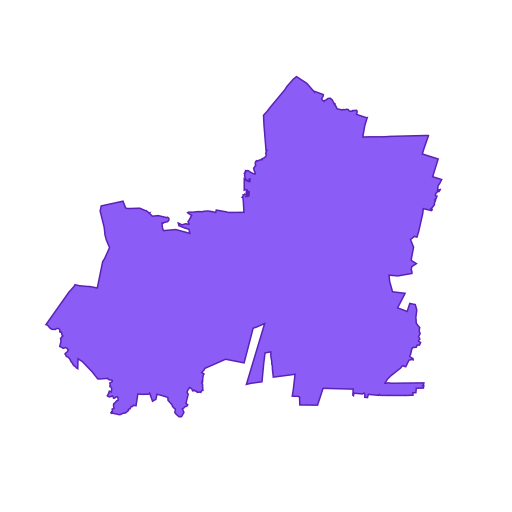 the district of Santa Cruz de Juventino Rosas, Guanajuato, Mexico, rotated 282°
{"feature_id": "50627088B19431781026886", "entity_name": "Santa Cruz de Juventino Rosas", "entity_type": "district", "adm_level": 2, "iso_a3": "MEX", "parent_name": "Mexico", "parent_adm1": "Guanajuato", "projection": "albers", "projection_center": [-101.006, 20.683], "detail": "fine", "context": "isolated", "style": "filled", "palette": "violet", "viewbox_px": 512, "rotation_deg": 282, "n_neighbors": 0, "source": "geoboundaries", "source_scale": "gbopen_adm2", "svg_char_len": 6021}
<svg xmlns="http://www.w3.org/2000/svg" viewBox="0 0 512 512"><g transform="rotate(282 256 256)"><path d="M252.1,101.7L245.2,103.9L240.5,106.3L233.8,111.0L222.2,108.5L218.6,107.2L191.7,107.4L191.6,99.2L191.3,98.5L190.2,89.6L190.3,84.9L188.7,84.5L181.7,80.5L145.2,64.8L145.0,66.5L142.6,69.5L141.8,71.6L142.5,75.2L143.2,75.5L143.9,76.9L144.0,77.9L143.4,79.0L142.7,79.6L141.3,79.7L140.8,80.1L141.0,81.6L138.7,82.5L137.6,83.7L137.0,83.0L136.2,83.0L134.7,81.9L133.7,82.5L131.5,83.0L126.8,82.8L126.5,83.3L126.6,84.0L125.6,86.5L126.8,88.8L126.4,90.5L125.6,91.0L125.0,92.0L122.9,91.2L121.2,89.8L120.5,89.5L119.6,90.5L118.7,91.0L118.2,91.9L118.1,93.1L116.4,95.4L114.2,97.0L114.0,97.6L111.1,100.3L110.0,102.8L109.4,103.3L108.7,105.1L118.4,103.3L116.7,108.0L108.8,119.6L102.9,126.8L103.0,127.9L105.5,136.5L104.7,137.1L104.3,138.4L104.7,139.9L104.3,141.3L103.6,141.5L102.9,141.2L101.6,139.5L101.1,139.5L99.5,140.3L98.5,140.0L97.8,140.3L97.7,141.3L96.8,142.2L92.9,142.8L92.9,141.9L93.3,140.6L91.0,140.4L88.3,139.6L87.6,141.7L88.4,143.6L89.0,143.9L89.2,144.7L87.9,146.1L87.3,146.2L87.3,146.5L87.6,147.2L89.2,148.6L89.5,149.4L88.7,150.5L86.8,151.0L86.1,151.0L85.5,149.9L83.0,148.5L81.9,147.5L79.6,147.8L77.6,148.8L76.3,147.1L74.6,147.8L74.1,147.7L74.1,147.4L72.7,146.6L72.1,147.1L72.4,147.7L72.1,147.9L72.6,149.1L72.3,150.3L72.5,152.9L72.3,154.7L72.6,156.1L74.5,158.6L75.2,160.8L78.3,163.4L79.3,163.1L79.7,163.2L80.3,164.6L82.2,165.0L82.8,165.4L83.1,166.5L84.4,167.0L84.6,169.8L96.4,169.1L97.0,173.4L98.4,179.2L98.8,180.2L99.7,180.5L92.4,185.0L95.0,187.9L100.2,187.9L99.9,193.6L99.3,199.2L96.6,199.9L92.8,205.0L91.4,205.6L90.9,206.6L90.1,207.5L89.7,208.7L89.2,209.0L85.9,209.2L85.2,210.3L84.7,210.6L82.7,214.3L83.4,216.6L88.0,218.0L91.2,215.8L92.2,216.9L93.7,217.7L94.6,219.4L96.2,220.2L97.4,218.1L106.8,218.4L108.2,216.9L110.2,217.0L111.5,217.7L113.7,218.4L112.6,220.8L110.9,222.1L111.1,222.7L111.8,223.1L112.0,223.5L111.2,224.6L111.3,226.1L110.4,226.8L111.3,229.7L111.1,230.4L113.0,230.9L113.3,231.1L113.5,232.0L119.6,230.3L120.2,229.4L121.5,230.0L121.9,229.9L122.2,229.2L123.3,229.8L124.5,229.4L127.7,229.2L128.6,229.2L129.6,229.7L129.9,229.6L130.6,227.1L133.6,228.8L135.5,229.4L148.7,247.7L149.0,266.6L184.8,268.2L186.6,271.3L191.7,278.5L128.4,273.3L130.4,277.5L134.2,288.0L152.5,285.9L163.1,285.0L165.3,290.4L160.6,291.5L156.2,293.3L153.9,293.8L151.7,294.9L149.0,295.5L141.1,298.1L148.4,318.8L132.5,320.3L126.4,320.6L127.4,325.7L127.2,327.9L119.4,329.8L122.9,347.2L140.5,349.1L146.0,378.7L139.9,379.7L139.6,380.4L141.0,380.3L142.2,380.6L143.2,388.8L144.4,390.1L143.4,391.2L140.4,391.8L140.7,394.5L144.0,394.6L145.2,404.9L146.2,405.3L145.7,405.8L145.5,406.6L150.7,431.5L152.5,438.5L154.8,437.8L155.5,440.8L160.0,440.3L161.6,447.2L164.0,447.1L163.8,446.0L164.9,446.6L166.8,446.6L159.6,414.5L159.5,412.1L158.3,408.6L162.5,410.0L166.4,412.4L176.4,420.7L179.1,422.0L178.8,425.5L185.9,427.3L187.2,430.1L187.1,431.3L188.2,431.0L189.4,427.7L189.9,427.2L190.9,427.2L192.1,427.7L196.7,427.7L198.8,428.1L200.2,431.9L202.2,432.0L202.8,434.4L205.6,435.0L206.5,432.7L207.4,432.6L208.3,433.4L208.8,433.5L209.7,433.0L210.9,431.8L214.2,432.7L214.5,432.6L214.5,432.3L217.1,431.1L220.1,431.0L222.0,428.4L224.0,426.5L225.4,426.3L227.7,425.6L228.5,425.2L236.6,424.5L241.6,421.9L241.6,416.3L233.2,415.4L234.7,405.3L250.5,409.6L249.4,397.0L258.8,392.1L264.9,390.1L266.0,398.9L271.3,412.1L272.5,412.0L275.3,410.6L278.0,410.6L281.9,414.5L283.6,409.7L284.3,408.6L297.4,408.3L304.2,403.7L308.1,406.9L307.9,409.5L313.3,410.0L331.9,410.3L337.1,409.8L336.9,418.3L338.0,418.7L338.4,418.4L338.6,417.3L340.5,418.6L343.2,419.9L344.5,419.5L348.0,420.0L348.1,419.2L349.6,420.2L352.2,420.6L352.2,419.6L352.8,418.8L354.8,418.9L355.6,419.7L356.7,420.0L356.7,420.6L357.3,420.9L357.2,421.6L359.1,422.4L359.3,422.4L358.2,420.0L361.8,419.5L362.9,419.6L365.1,420.6L369.4,421.7L370.3,412.3L388.8,414.0L390.4,397.5L396.3,398.0L409.6,399.7L409.7,399.2L401.0,362.8L399.2,356.3L396.1,341.9L394.6,335.7L406.2,335.3L414.4,336.0L414.2,335.7L415.4,324.9L417.8,325.0L418.8,324.7L419.4,324.0L418.3,320.1L417.6,320.0L417.1,317.7L417.4,316.7L418.4,315.9L418.4,314.2L417.5,312.3L417.4,310.7L416.7,309.9L416.8,309.7L416.8,304.8L420.2,302.1L420.3,301.4L421.3,301.6L421.7,300.5L422.6,299.6L424.5,298.2L425.8,295.8L425.0,293.6L423.0,291.9L422.4,290.7L421.3,290.5L422.3,288.4L423.3,287.6L426.3,288.4L427.9,288.3L429.3,278.3L429.0,278.4L435.5,269.7L439.9,258.3L436.7,255.7L428.3,251.0L424.5,249.6L403.9,238.7L400.0,236.9L395.2,234.1L385.3,236.7L361.2,243.9L361.5,244.7L358.3,244.1L357.3,245.1L355.4,244.8L353.9,243.8L352.1,241.5L351.6,241.9L350.6,239.5L349.0,237.4L349.4,236.9L348.5,236.1L347.1,235.9L344.9,236.5L344.5,236.9L341.4,235.4L338.6,236.8L337.3,237.9L336.2,238.1L335.9,236.7L336.7,233.5L337.8,230.8L337.9,230.0L337.3,229.2L337.4,228.0L335.6,227.9L335.7,228.2L334.4,227.4L334.0,228.2L332.4,228.0L330.2,229.1L328.6,230.2L327.9,232.3L328.0,233.1L330.0,233.5L330.2,234.1L327.4,234.5L327.4,232.9L327.8,231.4L328.2,229.4L328.8,228.5L317.9,230.8L318.9,232.0L318.9,232.9L318.7,233.6L317.5,234.5L317.4,235.9L316.8,236.0L317.1,234.2L317.7,233.6L317.5,233.1L317.0,233.3L316.1,233.2L315.8,233.5L315.7,234.1L316.0,234.8L315.8,235.5L316.2,236.2L313.2,236.5L311.6,233.3L313.8,235.4L314.8,235.5L314.5,234.0L314.1,233.4L314.3,232.2L313.6,232.2L313.4,232.0L313.1,230.7L312.2,231.0L310.7,230.3L310.8,230.9L306.6,232.3L296.2,235.1L292.8,219.7L293.0,218.0L292.7,207.6L290.2,207.5L290.3,204.0L290.1,200.0L289.2,196.5L288.1,194.0L287.4,190.0L285.8,185.4L284.8,180.7L284.1,180.1L282.9,182.8L282.5,184.6L277.2,183.1L275.5,182.3L273.3,183.9L272.9,183.5L273.0,180.7L271.1,177.1L272.1,173.1L269.6,174.3L268.5,180.8L268.2,184.8L264.4,186.6L265.2,172.0L261.6,160.3L263.9,158.7L268.7,157.2L268.9,158.6L269.6,159.0L271.2,162.4L272.8,163.3L274.8,162.9L275.5,161.4L275.0,160.3L275.2,152.0L273.4,146.4L275.8,142.6L276.1,142.8L275.9,142.3L277.6,139.1L277.4,138.4L278.6,132.3L276.2,122.7L275.7,119.9L275.9,118.5L282.0,114.5L272.8,94.2L267.6,94.2L252.1,101.7Z" fill="#8b5cf6" stroke="#5b21b6" stroke-width="1.5"/></g></svg>